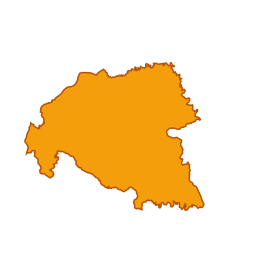 Makeoana, Berea, Lesotho (Albers equal-area conic projection), rotated 287°
{"feature_id": "5366337B60128688215612", "entity_name": "Makeoana", "entity_type": "district", "adm_level": 2, "iso_a3": "LSO", "parent_name": "Lesotho", "parent_adm1": "Berea", "projection": "albers", "projection_center": [28.111, -29.223], "detail": "fine", "context": "isolated", "style": "filled", "palette": "amber", "viewbox_px": 256, "rotation_deg": 287, "n_neighbors": 0, "source": "geoboundaries", "source_scale": "gbopen_adm2", "svg_char_len": 5741}
<svg xmlns="http://www.w3.org/2000/svg" viewBox="0 0 256 256"><g transform="rotate(287 128 128)"><path d="M157.6,194.7L158.7,192.3L158.9,188.7L161.2,188.1L164.3,189.6L165.8,189.1L165.7,188.5L164.2,188.0L163.5,186.8L164.6,184.2L167.6,183.7L168.9,183.0L167.9,180.8L167.7,177.1L168.2,177.0L170.2,178.4L172.7,178.9L174.1,178.4L174.4,177.7L174.0,176.5L172.9,175.4L172.7,174.4L173.7,173.5L174.7,170.1L175.8,169.3L177.1,170.2L178.2,171.5L180.0,171.8L181.1,171.1L181.4,170.0L179.9,169.2L179.6,168.7L179.8,168.3L181.7,168.2L182.8,167.7L182.7,165.4L183.5,165.4L184.2,166.6L184.9,166.0L185.0,164.9L185.7,164.6L187.3,165.2L188.7,164.6L189.7,163.4L190.7,164.6L191.3,162.5L191.8,162.1L194.0,162.1L194.3,161.7L192.6,159.3L192.8,158.7L194.0,158.6L194.4,157.5L195.2,157.1L195.4,156.6L194.2,155.7L194.4,155.1L195.9,154.6L197.6,152.7L198.1,151.6L198.8,151.5L200.5,154.2L201.0,153.9L201.2,153.6L200.6,152.2L202.8,150.6L202.8,149.7L201.4,149.6L200.0,150.0L199.3,149.0L201.3,145.3L200.9,144.5L199.9,144.6L198.3,143.9L198.2,143.3L198.6,142.9L199.6,143.3L200.1,143.1L197.8,138.2L198.1,136.3L197.4,133.7L196.9,133.5L195.9,134.9L194.6,133.7L193.1,133.9L192.4,132.8L192.3,131.5L192.9,131.2L193.9,131.8L194.4,131.1L194.3,130.1L193.2,129.6L193.1,129.1L194.6,128.9L194.9,126.8L193.9,126.4L192.8,126.7L192.0,127.5L190.6,126.8L189.8,124.1L190.5,122.1L187.4,122.1L188.2,121.4L188.6,120.0L186.3,120.4L185.6,119.4L188.1,117.9L188.3,117.1L187.9,116.8L186.2,117.8L185.2,117.8L185.8,114.6L185.2,114.1L183.7,114.3L182.9,111.8L182.2,111.1L181.5,111.1L180.6,111.9L179.8,110.7L177.0,109.6L177.1,107.9L175.8,107.1L176.7,106.1L175.8,105.7L176.0,104.5L174.7,103.7L174.8,102.6L172.8,100.4L172.4,98.9L171.4,97.8L171.8,95.6L171.2,94.3L172.2,93.9L172.6,92.8L173.3,92.7L174.7,91.5L174.8,90.5L176.0,89.6L176.2,88.4L177.0,87.6L172.6,83.6L169.6,82.3L169.3,81.9L169.8,76.6L168.6,71.3L167.4,67.6L166.3,65.9L165.8,65.7L161.1,65.3L159.9,65.9L158.3,65.5L157.4,65.8L156.8,65.2L155.5,65.2L153.0,63.9L151.0,61.8L149.3,58.1L145.5,55.4L140.6,53.9L135.6,50.0L133.7,49.7L132.7,47.7L131.9,47.1L130.8,47.8L129.6,46.5L128.9,44.9L128.4,44.7L127.9,43.3L127.1,42.9L126.0,40.9L122.8,39.1L121.4,38.8L120.6,39.4L119.6,39.1L118.8,39.6L117.7,39.5L117.4,41.4L116.6,41.8L114.9,41.5L113.5,42.8L112.8,44.4L109.8,45.8L108.7,45.4L108.3,45.8L108.5,46.2L107.9,46.5L107.2,46.3L107.0,45.5L104.3,44.3L104.8,43.0L104.1,42.4L103.6,42.4L103.0,43.1L102.3,43.3L102.6,42.7L102.0,42.8L101.0,42.2L101.6,40.9L102.0,38.4L102.6,36.9L103.7,36.9L103.9,34.6L104.4,33.5L102.2,34.0L99.0,33.3L98.2,34.1L91.9,33.2L89.3,33.6L85.8,33.1L84.1,34.0L83.6,35.3L81.8,36.8L80.8,38.2L73.8,38.5L74.6,39.0L75.8,41.2L75.8,42.3L77.6,42.7L78.4,43.6L79.2,45.5L78.7,46.0L77.7,46.1L77.0,45.7L76.2,46.6L73.7,46.8L73.1,48.7L72.3,49.9L71.9,51.2L68.3,52.1L66.4,54.5L66.2,55.3L64.4,56.5L63.0,56.5L61.8,56.0L59.2,57.3L58.9,58.6L59.8,61.4L58.5,64.2L58.6,65.0L58.0,66.0L57.6,68.2L58.1,68.9L59.1,69.2L60.4,70.5L61.0,70.6L61.5,70.0L62.4,70.3L63.2,70.0L64.0,68.8L64.8,66.8L64.6,66.1L65.0,65.6L65.6,65.7L66.0,67.0L67.2,67.4L68.1,68.7L69.8,69.1L71.5,67.2L71.8,68.4L73.5,69.4L73.6,70.2L74.6,69.6L76.1,69.6L76.6,70.2L77.8,70.5L79.5,70.2L79.7,69.9L79.5,68.9L78.4,67.4L78.5,66.8L79.2,66.3L79.6,66.5L79.6,67.7L80.2,68.1L81.0,67.4L81.1,66.6L81.8,66.9L82.9,68.4L83.4,68.3L83.7,67.5L84.7,67.3L85.7,67.8L85.5,68.1L85.9,68.9L85.5,70.4L86.2,71.4L86.4,72.9L85.6,76.7L86.0,78.2L84.9,79.9L84.4,81.5L84.7,84.0L83.2,85.7L81.7,86.8L81.7,87.4L81.0,88.1L78.1,88.8L76.1,92.1L75.8,93.2L76.2,93.3L76.1,94.6L75.0,95.5L74.7,96.3L73.5,102.1L73.8,105.6L73.5,106.0L73.3,108.2L71.4,111.2L71.2,113.8L69.4,115.6L69.5,116.5L66.8,118.5L66.0,120.0L65.8,121.7L64.7,123.8L64.8,125.4L66.5,126.7L65.9,127.1L64.6,126.7L65.5,128.9L65.3,129.6L65.8,129.9L67.0,131.8L67.0,132.9L67.7,133.5L67.5,135.0L66.7,136.2L66.5,137.3L66.7,139.4L65.9,141.5L66.0,142.8L70.2,146.4L71.4,146.5L72.3,148.4L70.4,154.0L65.3,157.4L62.3,156.6L61.1,155.1L58.2,155.2L56.3,156.9L55.0,157.1L53.6,157.8L53.2,159.7L54.1,161.2L54.0,165.3L55.6,164.3L58.4,164.2L59.7,163.3L61.8,164.8L62.5,166.7L63.9,166.8L64.0,167.4L65.0,168.2L64.6,169.7L65.2,170.2L65.7,172.1L64.5,172.5L64.7,172.9L64.4,173.8L63.3,174.5L63.2,175.0L64.9,176.2L64.6,176.6L63.2,176.4L62.3,176.8L62.3,177.3L63.2,178.4L63.1,179.8L64.0,180.0L64.2,180.4L63.0,180.9L61.4,180.4L60.9,181.5L61.4,182.4L64.6,182.3L65.8,181.8L66.8,182.6L66.8,183.5L65.5,184.7L65.6,186.9L66.6,187.4L68.3,187.4L68.7,189.0L68.0,190.9L66.5,191.3L65.3,192.2L65.7,193.4L67.3,194.1L68.5,194.1L71.2,192.9L70.6,194.5L70.6,195.8L69.3,195.8L69.3,196.3L69.4,197.3L71.0,197.5L71.5,198.6L70.8,199.5L69.4,199.6L67.3,200.4L66.9,202.9L66.6,203.3L66.1,203.3L66.5,203.8L68.9,204.6L71.9,204.6L72.0,205.2L70.5,206.2L66.9,205.8L66.3,206.6L66.2,207.4L67.3,208.7L70.8,209.8L71.2,210.5L71.1,212.0L71.4,212.6L72.0,212.5L72.9,211.6L73.5,212.0L73.2,213.8L73.5,215.6L71.7,218.3L73.5,220.1L73.3,221.4L74.1,222.3L75.0,222.7L77.3,222.9L79.9,220.4L84.3,217.3L91.9,210.4L92.4,207.3L94.5,205.5L94.8,203.2L96.4,201.7L99.4,201.1L100.2,200.4L101.5,200.7L102.8,199.7L105.5,199.9L107.0,198.6L109.5,198.0L109.8,197.6L110.8,197.6L111.2,196.7L112.3,195.9L112.6,194.9L110.8,195.0L110.3,194.6L109.9,192.8L108.8,191.4L108.9,190.5L110.6,189.2L113.9,189.5L114.5,188.8L113.8,187.6L114.5,186.3L118.5,186.9L119.2,187.4L120.1,187.5L122.2,186.6L123.3,187.0L127.1,183.4L128.7,182.9L129.8,183.2L132.0,182.7L133.2,177.6L133.1,176.8L132.0,175.4L131.6,173.7L132.0,168.9L133.0,167.6L135.4,166.1L136.8,166.0L139.5,167.6L140.3,168.8L141.3,172.0L141.4,175.5L141.8,177.5L144.1,178.8L145.1,180.9L146.7,182.8L148.3,182.6L149.6,183.5L149.8,183.8L149.7,184.8L151.3,186.7L151.2,187.2L152.0,187.6L152.9,189.0L153.3,189.0L153.9,190.2L155.9,190.9L156.3,191.3L157.1,193.1L157.1,193.7L156.5,194.0L156.7,194.5L157.6,194.7Z" fill="#f59e0b" stroke="#b45309" stroke-width="1.5"/></g></svg>